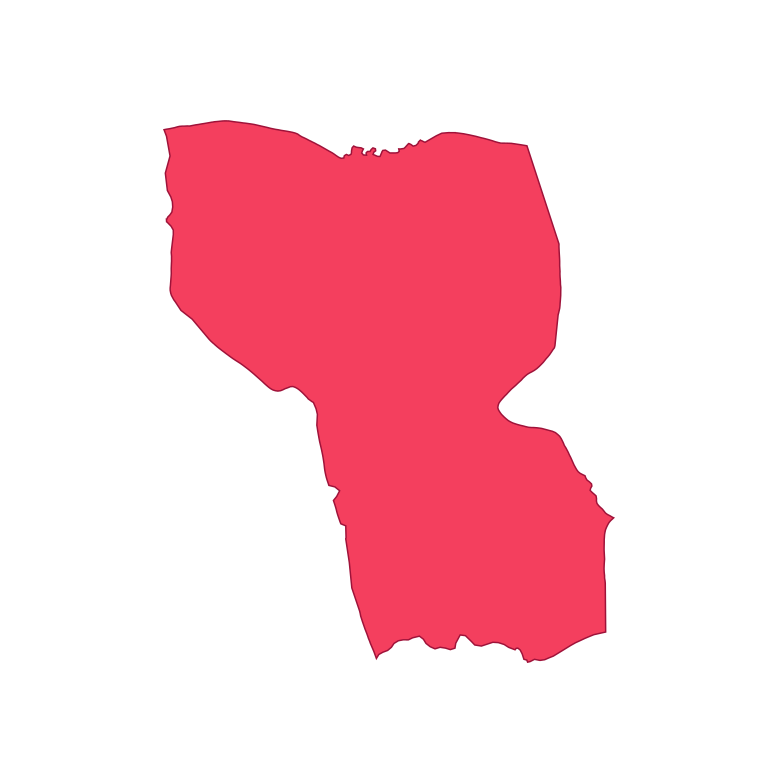 outline of As Sawma'ah, Al Bayda', Yemen, rotated 105°
{"feature_id": "15242507B21871042325483", "entity_name": "As Sawma'ah", "entity_type": "district", "adm_level": 2, "iso_a3": "YEM", "parent_name": "Yemen", "parent_adm1": "Al Bayda'", "projection": "natural_earth1", "projection_center": [45.761, 14.177], "detail": "fine", "context": "isolated", "style": "filled", "palette": "rose", "viewbox_px": 768, "rotation_deg": 105, "n_neighbors": 0, "source": "geoboundaries", "source_scale": "gbopen_adm2", "svg_char_len": 6123}
<svg xmlns="http://www.w3.org/2000/svg" viewBox="0 0 768 768"><g transform="rotate(105 384 384)"><path d="M116.9,307.6L117.5,313.8L118.2,319.9L118.6,323.3L119.2,325.9L119.8,328.4L120.5,331.1L121.1,333.5L121.2,336.1L121.2,339.1L121.0,342.2L120.9,345.7L120.9,351.1L121.0,353.9L121.0,359.3L121.3,366.0L121.5,369.0L121.7,371.9L122.5,378.0L122.9,380.2L122.8,380.3L122.9,380.6L124.5,386.7L126.8,393.1L130.7,397.7L139.9,406.9L139.9,407.1L139.5,409.5L139.4,409.7L139.2,411.4L139.0,412.0L141.5,413.4L142.6,413.3L145.2,414.8L146.7,417.4L145.7,419.9L145.3,421.9L145.4,422.5L150.1,424.9L151.3,425.7L152.8,429.1L153.1,430.6L155.3,429.5L157.0,430.6L157.9,432.8L159.3,438.1L158.6,440.3L157.7,443.1L158.7,445.6L159.7,445.9L160.3,446.1L160.8,446.1L165.1,446.7L165.3,446.8L165.8,449.3L165.4,451.7L165.3,452.4L165.1,454.0L162.6,453.8L162.1,453.3L160.9,452.4L159.0,453.2L158.8,455.7L158.8,455.8L160.8,457.1L163.0,457.7L163.0,458.0L163.7,460.1L164.8,460.8L165.5,461.1L167.5,460.1L167.7,461.3L168.1,463.2L167.4,464.1L166.7,465.3L164.5,465.2L163.9,465.1L163.6,465.1L163.3,464.9L162.3,464.7L161.8,467.2L162.2,469.9L162.3,470.7L162.4,471.7L162.4,472.0L162.4,472.4L162.0,474.9L164.0,475.9L164.8,475.9L167.4,475.7L168.9,475.3L170.6,475.3L170.8,475.4L171.3,476.0L172.4,477.2L172.0,479.7L173.1,480.8L173.8,481.4L174.9,481.4L176.1,481.3L177.1,483.8L176.8,486.0L176.7,486.5L175.8,489.2L174.8,491.8L174.1,493.9L173.2,497.6L170.4,508.2L170.0,510.3L169.3,513.1L168.7,516.3L168.5,516.9L168.5,517.3L168.2,518.6L168.1,519.3L167.5,521.8L167.0,524.3L166.5,527.3L165.9,529.5L164.9,532.1L164.6,534.7L164.6,537.5L164.8,540.9L165.0,543.4L165.6,548.8L165.8,551.9L166.1,554.6L166.4,560.0L166.4,562.6L166.5,565.7L166.6,568.3L166.8,573.8L166.9,576.5L167.2,579.5L167.9,585.2L168.3,587.7L168.6,590.4L169.5,596.7L169.8,599.5L170.1,602.0L170.7,604.5L171.5,607.4L172.5,610.1L173.5,612.7L174.6,615.7L175.5,617.6L175.7,618.2L176.9,620.7L179.1,625.5L180.3,628.2L181.4,630.5L182.5,633.1L183.9,636.0L185.1,638.4L185.7,640.9L186.5,643.3L187.2,645.8L188.1,648.3L189.3,650.5L190.6,652.6L193.1,657.6L194.2,660.1L195.3,662.3L201.0,658.2L219.1,649.7L220.1,649.7L236.9,649.8L253.2,643.3L258.5,638.3L262.7,635.6L267.7,633.9L272.8,633.4L275.9,634.5L278.8,636.1L281.2,636.5L281.2,636.8L283.6,636.0L283.8,635.4L286.7,630.5L289.8,627.4L294.1,626.2L308.7,624.1L311.9,623.6L313.1,623.2L315.5,622.3L317.8,621.7L320.3,621.0L322.7,620.5L324.9,620.0L327.6,619.4L332.2,618.1L334.5,617.6L338.8,616.8L344.1,615.8L346.6,615.4L348.8,614.8L351.5,613.5L353.5,612.2L355.4,610.4L357.1,608.8L358.6,606.9L365.5,599.1L371.0,586.1L386.0,564.6L387.4,562.3L388.8,559.6L391.2,554.7L392.4,552.0L393.4,549.6L394.5,546.9L395.6,544.2L397.6,539.1L398.6,536.4L399.6,533.4L401.2,528.3L402.2,525.6L404.3,520.4L405.6,517.4L407.9,512.5L409.3,509.7L410.7,506.9L413.1,502.1L414.5,499.6L415.8,497.0L416.9,494.7L417.9,492.2L418.5,489.7L418.6,487.2L418.3,484.7L417.2,482.1L415.7,480.1L414.1,478.3L412.6,476.1L410.8,473.7L410.0,471.3L410.2,468.8L410.8,466.4L411.7,464.1L412.9,461.7L414.1,459.5L415.6,457.0L416.9,454.8L418.1,453.2L418.5,452.0L419.6,449.2L420.1,447.4L425.5,443.2L430.5,440.5L441.2,438.2L443.2,437.3L446.2,436.0L448.4,435.0L453.1,432.8L456.4,431.2L459.2,429.7L463.5,427.4L466.5,425.9L469.1,424.6L471.3,423.6L474.0,422.4L476.3,421.4L480.9,419.6L483.0,418.7L485.1,417.7L487.4,416.5L489.4,415.4L491.5,414.1L493.9,412.5L496.2,411.0L496.1,404.8L498.6,399.2L504.9,400.6L509.6,402.7L512.0,401.1L514.8,399.3L517.1,397.9L519.7,396.5L522.0,395.1L524.0,393.8L528.3,390.9L530.2,389.5L530.9,384.2L534.1,383.3L542.2,380.9L543.4,380.9L565.4,371.3L589.3,362.3L609.6,348.8L611.6,347.7L614.3,346.4L616.3,345.1L619.1,343.3L625.6,338.9L627.5,337.5L629.4,336.1L631.7,334.5L633.7,333.2L635.9,331.5L638.2,329.9L642.9,326.2L645.1,324.5L651.1,320.3L646.6,319.0L643.4,315.7L640.4,311.5L636.4,308.7L632.0,307.2L628.3,303.7L626.1,299.2L624.8,294.2L621.7,290.6L618.4,284.5L620.3,279.9L623.7,276.3L625.8,271.4L626.6,266.2L623.8,261.7L623.2,256.3L623.4,251.2L620.8,247.1L615.8,247.6L606.7,245.5L606.0,240.2L610.1,232.9L612.6,228.8L611.9,222.1L605.3,212.0L604.2,206.6L604.5,200.5L606.1,195.5L606.8,188.6L605.1,187.9L604.5,186.3L605.7,183.6L608.9,180.7L613.7,177.6L613.7,174.6L615.5,173.3L614.3,171.0L611.0,167.4L610.8,164.7L610.6,161.8L608.7,157.4L605.9,153.9L603.0,150.0L599.0,146.2L591.7,139.3L588.1,135.9L584.3,132.0L581.0,128.0L577.7,124.1L574.6,120.1L571.8,116.4L566.2,105.7L519.2,118.7L516.8,119.6L514.4,120.7L511.9,121.4L509.6,122.3L507.6,123.0L505.3,123.7L502.7,124.3L500.4,124.8L498.3,125.2L496.1,125.6L487.2,128.5L484.9,129.1L479.6,130.4L477.4,131.0L475.2,131.4L472.2,132.0L469.8,132.2L467.4,132.3L465.0,132.0L462.3,131.5L459.6,130.8L457.3,129.7L453.8,127.5L453.5,129.0L452.8,131.6L452.2,134.4L451.3,136.7L449.7,138.8L448.3,140.7L447.1,143.1L445.8,145.4L444.2,147.4L442.1,148.5L439.6,149.1L437.2,150.2L436.0,152.5L434.9,154.8L433.4,157.4L431.1,157.4L428.8,156.8L426.8,157.7L425.4,160.2L424.2,163.1L422.5,164.8L420.6,166.1L420.1,168.8L419.5,171.5L418.5,173.7L417.0,175.6L416.0,176.6L415.3,177.3L413.0,179.5L408.8,182.9L406.6,184.7L404.4,186.7L402.5,188.2L398.7,191.7L396.7,193.9L394.8,195.3L392.9,196.9L390.9,198.7L389.1,200.7L387.9,202.9L386.6,205.8L386.1,209.0L386.1,220.1L386.4,222.7L386.8,225.4L387.3,228.0L387.9,230.4L388.4,233.1L388.5,235.7L388.5,238.5L388.6,241.4L388.6,244.2L388.5,246.7L388.3,249.6L387.8,252.2L387.1,254.7L385.9,257.3L384.6,259.8L382.9,262.7L381.3,264.7L379.5,266.6L377.6,267.9L375.3,268.2L373.0,268.1L370.8,267.4L368.8,266.5L366.8,265.5L364.3,264.2L362.3,263.0L360.1,261.9L355.9,259.6L353.4,257.9L351.0,256.3L348.8,255.0L346.9,253.8L344.7,252.4L342.3,251.2L339.9,249.7L337.6,248.1L335.6,246.2L333.9,244.3L331.9,242.3L329.6,240.4L327.0,238.7L324.4,237.2L321.9,235.8L319.6,234.8L317.5,233.9L315.4,232.8L312.7,231.6L309.6,230.5L307.1,229.7L305.0,228.8L302.7,228.8L272.2,233.7L270.4,233.7L267.6,233.8L265.3,233.9L262.8,234.3L260.4,234.8L258.1,235.2L252.9,236.2L247.4,237.6L245.0,238.2L242.2,239.3L239.5,240.1L237.4,240.8L235.2,241.6L232.0,242.6L229.8,243.1L224.4,244.9L219.9,246.1L217.0,247.0L211.0,249.0L208.8,249.7L205.9,250.6L203.5,251.2L116.9,307.6Z" fill="#f43f5e" stroke="#9f1239" stroke-width="1.5"/></g></svg>